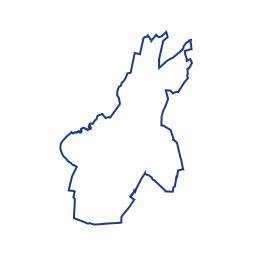 Brīvzemnieku pag., Alojas, Latvia, rotated 282°
{"feature_id": "27541924B63069620149492", "entity_name": "Brīvzemnieku pag.", "entity_type": "district", "adm_level": 2, "iso_a3": "LVA", "parent_name": "Latvia", "parent_adm1": "Alojas", "projection": "equal_earth", "projection_center": [24.973, 57.673], "detail": "fine", "context": "isolated", "style": "outline", "palette": "blue", "viewbox_px": 256, "rotation_deg": 282, "n_neighbors": 0, "source": "geoboundaries", "source_scale": "gbopen_adm2", "svg_char_len": 5162}
<svg xmlns="http://www.w3.org/2000/svg" viewBox="0 0 256 256"><g transform="rotate(282 128 128)"><path d="M34.1,141.1L39.4,140.1L39.8,140.1L40.2,140.2L40.5,140.3L50.8,145.7L59.1,149.0L59.1,148.9L61.4,144.3L63.2,145.4L63.1,145.8L64.2,146.4L64.6,146.1L66.3,147.0L67.2,147.0L67.0,147.5L66.6,148.1L68.4,148.5L69.2,148.4L68.9,147.9L68.4,147.3L68.5,147.2L69.4,147.8L70.0,148.7L70.9,148.8L71.8,149.2L73.3,149.5L78.5,150.9L79.6,151.1L80.8,151.5L84.3,152.9L87.6,154.1L86.5,154.4L85.9,158.7L85.2,159.7L85.0,160.3L84.7,161.4L83.4,162.2L82.5,163.0L82.6,164.1L82.5,164.5L80.6,167.4L77.7,172.2L74.9,176.7L74.7,177.1L74.1,178.1L73.8,178.1L75.0,185.0L75.5,185.1L76.1,185.0L78.7,184.8L79.4,184.8L80.7,186.1L84.1,185.8L90.6,185.5L90.6,186.2L94.2,185.9L94.3,185.9L95.0,185.9L97.0,185.8L97.3,186.6L97.7,187.8L98.2,188.6L99.0,189.6L99.2,189.9L99.1,190.5L103.5,188.5L105.6,187.7L108.3,186.4L110.5,185.2L123.5,179.1L125.5,176.2L126.3,174.9L126.7,175.0L126.8,174.9L126.1,174.5L126.2,174.4L127.0,174.7L127.5,174.5L133.6,170.8L134.9,170.1L137.6,162.3L137.5,160.8L137.5,160.1L146.4,158.5L151.6,158.8L153.7,159.2L156.7,160.0L164.6,161.2L172.8,157.1L173.4,161.6L171.7,164.1L171.2,164.4L173.3,167.7L173.6,169.6L184.1,173.5L189.1,176.2L191.9,174.9L193.0,175.3L195.7,174.6L198.0,173.8L198.1,174.0L198.0,174.4L198.6,174.7L199.4,174.9L199.4,175.0L199.5,175.0L199.6,175.3L199.8,175.4L199.8,175.6L200.3,175.8L201.0,175.8L201.5,176.2L202.5,176.2L202.6,176.3L202.9,176.5L203.3,176.7L203.5,176.7L204.0,176.7L204.6,176.7L204.8,176.9L205.0,177.0L206.0,176.3L206.3,176.2L206.3,175.9L208.3,174.7L207.1,173.1L205.8,171.6L208.3,170.9L211.7,168.8L213.4,168.2L215.2,167.6L216.4,169.9L217.0,171.0L217.4,171.8L217.8,172.4L218.0,172.8L218.3,173.7L218.5,173.6L221.6,172.7L223.4,172.1L224.1,171.5L227.3,171.2L226.7,170.0L224.2,168.5L224.2,168.3L223.9,167.6L223.6,167.3L223.2,167.1L221.2,166.2L219.6,165.5L219.4,165.4L217.6,165.6L217.4,165.6L216.9,165.1L216.7,165.0L216.1,165.0L215.4,164.7L215.1,164.2L214.1,163.6L213.2,162.9L209.6,160.0L208.8,159.6L208.2,159.0L207.9,158.6L207.6,158.3L206.8,157.9L206.2,157.5L206.0,157.3L205.0,155.9L204.5,155.1L201.7,152.1L200.0,150.9L193.2,146.0L195.2,145.5L200.1,144.4L202.1,144.1L209.8,144.2L218.9,144.3L220.6,144.4L220.9,144.4L221.5,145.0L225.0,147.9L227.8,146.6L229.9,145.4L228.1,144.2L227.1,143.6L226.2,143.0L225.3,142.5L225.1,142.4L224.7,141.9L223.5,139.9L223.4,138.8L223.8,137.6L225.0,136.1L220.8,134.1L220.2,133.6L218.0,132.7L218.7,132.3L219.7,131.3L221.4,129.8L221.9,128.7L221.7,128.5L222.6,128.1L221.4,127.5L220.3,125.4L219.3,124.5L208.2,124.4L202.7,124.4L202.7,119.0L182.7,119.1L181.2,115.9L179.8,116.0L176.9,115.3L173.4,114.3L173.2,114.2L171.9,113.1L170.3,112.4L170.0,112.4L168.7,112.4L168.3,112.4L168.1,112.3L167.8,112.1L167.2,111.7L166.9,111.1L166.8,110.9L166.7,110.8L166.4,110.6L165.4,110.4L164.8,110.3L163.4,110.0L163.0,110.0L162.9,110.1L161.3,109.9L160.1,110.2L157.7,110.7L157.6,110.8L155.5,112.8L155.3,112.9L150.9,114.7L150.1,115.1L149.3,114.9L147.7,114.2L147.2,113.9L146.1,113.5L134.8,108.5L134.5,108.3L134.3,108.1L134.4,107.9L134.5,107.4L134.6,107.0L134.6,106.8L134.4,106.2L134.1,106.0L133.2,104.3L133.1,104.0L133.1,103.9L133.5,103.5L134.6,102.2L134.8,101.9L135.1,101.5L136.2,100.2L136.4,99.9L136.4,99.7L135.9,99.2L135.5,98.8L134.2,96.4L133.4,95.7L133.2,95.6L131.5,95.5L129.9,95.3L129.8,95.2L129.6,95.1L129.3,94.6L127.8,93.8L127.6,93.6L127.3,93.4L126.5,93.1L125.3,93.0L125.0,92.9L124.9,92.8L124.8,92.7L124.8,92.2L124.8,91.5L124.7,91.2L124.6,90.7L124.4,90.3L124.3,89.8L124.1,89.7L123.9,89.6L123.6,89.6L123.4,89.6L123.2,89.7L123.1,89.8L122.9,90.0L122.7,90.2L122.6,90.3L122.4,90.3L122.1,90.2L122.0,89.5L121.8,89.4L121.6,89.4L121.2,89.3L120.9,89.4L120.7,89.5L121.1,91.3L121.0,91.5L120.9,91.6L120.7,91.6L119.7,91.7L119.4,91.7L119.2,91.4L119.0,91.2L118.9,90.8L118.9,90.6L118.7,90.1L118.6,89.9L117.8,89.3L117.6,89.1L117.6,88.8L118.1,88.2L118.5,87.9L118.6,87.7L118.5,87.3L118.2,86.9L118.0,86.6L118.2,86.4L118.7,86.1L118.8,85.8L119.0,85.1L119.0,84.8L118.9,84.0L118.4,83.5L117.5,82.9L117.6,82.5L117.4,82.4L117.0,82.3L116.8,82.3L116.4,82.5L115.6,83.0L115.2,83.3L114.0,83.1L113.8,83.0L113.7,82.9L113.7,82.6L113.6,82.2L113.5,81.9L113.7,81.7L114.7,81.6L114.8,81.5L114.8,81.4L114.8,80.8L114.7,80.5L114.5,80.4L114.1,80.2L113.7,80.2L113.7,79.8L114.0,79.4L113.9,79.2L113.0,79.1L112.8,78.9L113.0,78.2L112.7,77.8L112.5,77.6L112.5,77.2L112.7,76.8L112.1,76.3L111.8,75.8L111.4,75.6L111.3,75.3L111.2,75.1L111.3,75.0L111.6,74.7L111.7,74.0L111.9,73.8L112.2,73.6L111.6,73.3L107.2,70.0L106.5,69.5L102.0,66.8L99.8,66.0L98.6,65.5L98.4,65.6L98.2,65.6L95.8,65.8L93.4,66.3L92.6,66.7L90.4,68.0L87.3,70.3L86.5,71.5L84.6,74.5L83.3,75.8L82.4,78.0L81.7,79.5L80.8,81.0L80.4,82.0L80.2,82.7L80.4,83.2L79.2,86.0L75.6,85.0L69.0,83.3L63.8,83.2L60.1,83.0L55.7,83.1L54.6,83.1L54.9,86.6L55.0,89.0L53.4,89.0L49.8,89.1L48.7,89.0L47.6,90.8L42.0,91.7L40.4,92.0L37.0,92.5L36.4,92.6L29.6,93.7L28.5,93.9L28.3,95.4L28.3,95.6L27.9,98.6L26.8,105.2L26.7,105.4L26.7,105.5L26.4,107.0L26.1,108.8L26.2,109.1L26.9,109.9L27.0,110.1L27.0,110.4L26.5,115.1L28.9,123.5L29.0,123.5L30.1,127.2L30.5,128.9L30.7,129.2L31.0,130.4L32.5,135.8L32.7,136.7L33.8,140.3L34.1,141.1Z" fill="none" stroke="#1e3a8a" stroke-width="2"/></g></svg>